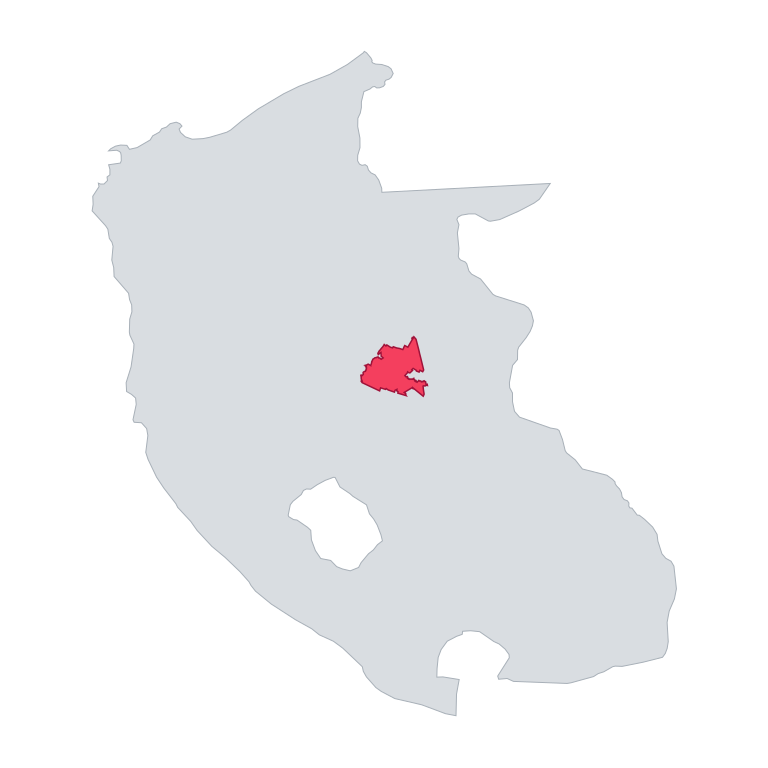 Frances Baard, Northern Cape, South Africa shown in context, rotated 89°
{"feature_id": "47623444B47551800403987", "entity_name": "Frances Baard", "entity_type": "district", "adm_level": 2, "iso_a3": "ZAF", "parent_name": "South Africa", "parent_adm1": "Northern Cape", "projection": "orthographic", "projection_center": [24.486, -28.328], "detail": "fine", "context": "in_parent", "style": "filled", "palette": "rose", "viewbox_px": 768, "rotation_deg": 89, "n_neighbors": 0, "source": "geoboundaries", "source_scale": "gbopen_adm2", "svg_char_len": 7989}
<svg xmlns="http://www.w3.org/2000/svg" viewBox="0 0 768 768"><g transform="rotate(89 384 384)"><path d="M571.2,97.3L593.9,95.2L604.0,97.4L616.0,102.8L627.3,105.1L646.6,104.3L653.3,105.5L658.4,107.5L662.1,110.3L666.7,129.9L670.5,150.9L670.1,157.6L670.6,160.2L675.6,169.3L677.3,174.9L680.2,179.6L686.0,202.2L686.6,206.1L683.6,259.7L680.6,266.0L681.2,274.5L678.0,275.4L659.9,263.5L656.6,263.7L651.2,267.5L645.9,273.5L643.4,278.7L633.3,292.7L632.2,301.8L632.6,309.7L635.7,310.2L637.6,316.0L642.3,325.3L650.5,331.5L658.3,334.6L669.3,335.9L678.0,336.3L677.9,330.2L680.8,314.0L695.3,316.9L716.9,317.8L714.7,328.3L705.4,351.9L698.7,378.7L691.4,392.0L687.4,397.4L676.5,406.7L670.9,409.7L666.3,410.6L647.4,429.8L640.3,439.1L633.7,453.0L627.5,460.5L618.1,476.7L602.1,500.5L588.9,516.1L583.1,520.5L579.3,522.5L569.0,531.4L554.6,545.9L543.5,558.8L527.2,573.4L517.9,579.7L503.8,592.4L500.0,594.2L484.3,605.9L473.2,613.0L455.3,621.2L448.2,623.4L431.4,621.0L424.4,622.1L418.5,627.2L417.9,634.5L415.4,635.6L400.1,632.1L393.7,632.6L390.0,636.6L387.0,641.5L378.2,641.8L362.5,636.6L344.0,633.6L339.7,633.3L330.8,637.2L327.7,637.7L314.7,637.1L307.4,634.8L300.5,634.9L295.2,636.9L288.8,637.8L271.8,652.0L262.9,652.2L255.3,654.0L241.6,652.5L237.6,653.5L233.6,656.1L224.4,657.4L220.9,659.6L205.8,672.8L199.3,671.7L191.2,671.9L181.7,665.5L178.2,666.1L179.1,664.0L179.2,660.5L175.7,656.9L172.2,657.3L170.1,654.4L164.5,654.3L160.0,655.5L158.5,643.8L156.3,642.8L150.8,642.8L148.1,643.3L146.9,644.4L145.6,647.2L146.1,655.3L144.0,653.1L141.5,648.3L140.5,643.2L140.9,636.9L144.9,634.4L143.3,626.7L135.9,613.5L131.8,610.9L128.2,604.1L124.9,601.8L123.3,597.0L120.0,593.3L118.6,587.2L120.1,583.6L122.6,581.5L125.5,584.4L128.9,583.1L133.4,578.4L135.9,571.5L135.5,560.7L134.3,554.0L129.5,536.8L127.4,532.9L117.9,521.0L106.7,504.9L92.1,479.3L84.9,463.9L73.4,432.6L63.9,415.0L52.5,398.9L51.1,397.9L52.5,395.7L57.8,391.4L60.3,390.2L61.6,390.6L62.9,389.5L64.0,386.7L64.5,380.7L66.7,374.3L68.9,371.5L73.7,369.4L77.6,371.5L79.3,373.7L80.2,376.7L81.9,378.1L84.5,377.8L86.5,379.6L87.8,383.4L87.8,386.2L86.4,388.0L86.7,390.2L88.8,392.9L91.3,399.0L101.5,401.7L107.2,401.8L112.7,403.0L117.9,405.5L126.2,405.8L137.7,403.8L147.3,403.9L154.9,406.3L160.4,406.5L163.7,404.7L165.0,402.2L164.4,399.0L166.0,396.9L169.8,395.8L172.7,393.3L174.8,389.2L180.0,385.7L188.2,382.9L192.3,382.8L186.4,214.3L201.9,225.4L205.6,230.6L213.5,246.2L221.6,265.4L223.1,274.7L222.8,276.8L215.5,289.8L215.4,296.1L216.5,303.5L218.4,307.1L220.7,308.3L226.0,306.3L234.2,308.0L249.9,306.7L257.7,307.5L259.7,306.8L261.4,305.2L263.4,300.7L265.2,299.2L272.5,297.1L275.7,294.5L280.7,285.6L296.2,273.6L297.9,270.8L307.4,242.5L310.4,238.4L314.7,235.7L323.4,233.5L328.5,234.6L334.0,237.0L340.2,241.1L349.5,248.7L352.6,249.8L361.9,250.1L367.6,255.1L384.9,258.6L389.9,258.4L395.2,255.7L404.1,255.8L413.6,254.0L419.5,249.1L430.9,218.4L432.2,211.7L433.5,209.8L442.7,206.5L453.8,204.0L456.1,202.6L463.2,194.1L472.4,187.2L479.1,162.8L483.4,157.1L486.0,154.7L487.6,154.7L490.0,153.2L493.1,150.3L496.8,148.5L501.0,147.9L503.7,146.0L505.0,142.7L507.2,141.2L510.3,141.4L512.1,140.4L512.5,138.2L519.5,133.1L519.7,131.0L523.8,125.9L531.7,117.9L539.1,113.6L545.9,112.9L558.6,109.1L563.2,105.3L566.2,100.1L571.2,97.3ZM538.6,459.3L549.4,455.5L557.4,450.3L559.5,440.4L565.8,434.5L568.2,428.8L570.2,421.0L567.0,412.6L562.2,410.0L553.5,402.5L549.7,397.5L544.5,393.3L540.8,388.3L534.6,389.7L524.8,393.3L518.8,396.7L513.6,400.8L504.5,403.6L495.8,417.0L493.0,420.0L486.2,429.8L476.6,434.5L476.4,436.2L479.3,444.4L483.5,452.5L487.9,459.2L487.6,463.3L489.0,466.4L493.1,468.7L499.7,477.1L503.1,479.8L513.5,482.1L515.0,481.6L518.0,476.8L518.5,473.4L525.9,463.0L529.0,459.8L538.6,459.3Z" fill="#d9dde1" stroke="#a8b0b8" stroke-width="1"/><path d="M370.7,344.1L358.7,346.8L354.1,347.9L352.5,348.2L349.4,348.9L339.8,351.2L337.3,353.3L338.0,353.7L337.7,353.8L338.0,354.8L338.3,354.6L339.2,355.3L339.6,354.7L347.6,359.5L345.9,362.6L347.2,363.3L348.6,363.9L349.9,364.6L348.7,368.0L348.2,370.7L346.9,374.1L348.0,374.8L347.5,376.5L347.4,376.8L345.0,380.5L346.0,381.4L344.5,383.1L345.7,383.8L346.9,384.7L348.5,386.2L349.6,387.0L350.8,388.2L353.2,389.6L354.5,389.2L354.1,388.7L352.8,387.2L352.4,386.5L356.3,386.3L356.9,385.5L357.9,384.4L359.2,386.3L359.0,386.5L358.8,386.7L358.9,386.8L358.8,387.0L358.5,387.2L358.3,387.2L358.2,387.3L358.1,387.5L358.0,388.1L357.9,388.2L357.8,388.3L357.7,388.7L357.8,389.0L357.7,389.1L356.9,389.3L356.8,389.5L357.0,390.3L357.1,390.6L357.4,390.9L357.5,391.1L357.5,391.3L357.4,391.4L357.5,391.8L357.6,392.6L358.5,393.8L358.8,394.5L359.3,394.8L360.0,395.1L360.9,395.5L361.0,395.7L361.8,396.0L362.1,395.9L363.2,396.3L363.6,396.3L364.9,396.9L365.1,397.0L365.3,397.0L364.7,398.0L363.9,399.3L364.0,399.9L364.3,400.1L364.8,401.5L365.0,402.3L365.1,402.1L365.3,402.1L365.4,402.3L365.5,402.4L365.8,402.3L365.8,402.1L365.9,401.8L365.9,401.6L366.0,401.4L366.3,401.5L366.6,401.5L366.6,401.4L366.9,401.2L367.0,401.2L367.4,401.5L367.5,401.6L368.1,401.3L368.3,401.4L368.6,401.3L368.8,401.5L369.2,401.6L369.4,401.6L369.5,401.6L369.9,402.1L370.0,402.1L370.3,402.0L370.6,402.2L370.8,402.5L371.0,402.5L371.0,402.8L371.1,403.1L371.3,403.6L371.5,403.9L371.7,404.3L371.9,404.5L372.4,404.7L372.6,404.8L373.0,404.6L373.3,404.5L373.5,404.5L374.1,404.5L374.3,404.7L374.4,405.0L374.6,405.2L374.8,405.4L375.1,405.5L375.1,406.0L374.8,406.4L374.6,406.7L374.7,406.9L374.8,407.0L375.0,407.0L375.4,406.9L376.0,406.6L376.2,406.8L376.5,406.8L376.8,406.7L377.1,406.7L377.5,406.6L377.8,406.7L378.1,406.7L378.4,406.6L378.8,406.6L379.3,406.4L379.5,406.4L379.8,406.5L380.2,406.6L380.3,406.5L380.3,406.4L380.1,406.0L380.3,405.9L380.6,405.9L380.8,405.9L380.8,406.0L380.8,406.5L381.0,406.7L381.3,406.5L381.3,406.4L381.4,406.1L381.5,405.9L381.6,406.0L381.8,406.1L382.2,405.9L382.3,405.8L390.8,388.5L387.8,387.5L389.4,382.5L388.6,381.9L389.6,380.5L390.0,380.0L392.3,373.7L390.4,373.0L389.6,371.2L391.0,371.4L391.9,370.1L393.4,370.3L396.0,362.1L395.7,362.3L395.2,362.3L394.8,362.5L394.2,362.4L393.8,362.5L393.6,362.7L393.5,363.0L393.2,363.5L392.9,363.9L392.8,364.0L388.0,355.6L388.2,355.4L388.6,355.2L388.9,355.4L389.1,355.3L389.1,355.1L389.1,354.9L389.2,354.7L389.3,354.5L388.7,354.7L393.6,348.9L396.9,345.0L396.3,344.7L394.9,344.1L393.8,344.2L392.6,344.4L391.8,344.5L390.3,344.7L389.0,344.8L386.8,345.0L386.7,344.9L386.7,344.7L386.5,344.4L386.5,344.2L386.5,343.9L386.6,343.7L386.6,343.3L386.7,343.0L386.5,342.5L386.3,342.4L386.1,341.9L386.0,341.6L386.1,341.4L386.0,341.2L386.1,340.9L386.2,340.6L385.0,340.8L385.3,341.9L382.4,342.4L382.4,342.5L382.4,342.8L382.3,343.0L382.2,343.0L382.0,343.3L381.8,343.4L381.9,343.5L382.1,343.8L382.2,344.0L381.9,344.1L381.7,344.1L381.6,344.3L381.7,344.7L382.0,345.1L382.2,345.4L382.4,345.6L382.5,345.8L382.5,346.6L381.9,346.8L381.5,347.8L381.7,348.2L381.6,348.8L381.2,348.9L381.0,349.1L382.7,350.8L382.3,351.1L382.2,351.2L382.2,351.3L382.3,351.3L382.5,351.5L382.4,351.9L382.3,352.0L382.3,351.9L382.1,351.8L381.9,351.9L381.6,351.8L381.3,352.0L381.2,352.0L381.2,351.9L381.0,352.0L380.9,352.1L380.9,352.5L380.8,352.8L380.7,353.0L380.8,353.1L380.7,353.1L380.7,353.3L380.5,353.5L380.3,353.6L380.0,353.7L379.9,353.8L380.0,354.1L379.9,354.3L379.7,354.3L379.4,354.4L379.2,354.2L378.9,354.1L378.9,354.3L378.9,354.5L379.1,354.6L379.4,354.8L379.4,355.1L379.5,355.2L379.6,355.4L379.7,355.5L379.8,355.6L379.8,355.8L379.7,355.9L379.7,356.1L379.6,356.4L379.5,356.5L379.5,356.9L379.6,357.0L379.6,357.3L379.6,357.5L379.5,357.8L379.5,358.0L379.7,358.3L379.8,358.3L379.8,358.5L379.7,358.7L379.7,358.8L379.4,358.8L379.4,359.0L379.2,359.2L379.0,359.3L379.1,359.6L379.2,359.8L379.0,360.0L379.0,359.9L378.9,360.0L378.7,360.1L378.4,360.0L378.2,360.1L377.8,360.2L377.3,360.3L377.1,360.4L377.0,360.5L376.9,360.6L376.9,360.8L377.2,361.3L377.2,361.8L377.0,362.2L376.7,362.3L376.0,363.0L373.2,360.4L372.3,360.2L372.9,359.3L373.3,358.6L373.3,357.8L370.9,355.2L370.2,356.0L368.9,354.6L370.9,351.5L371.6,351.4L372.7,348.7L370.9,347.8L372.4,345.1L370.7,344.1Z" fill="#f43f5e" stroke="#9f1239" stroke-width="1.5"/></g></svg>